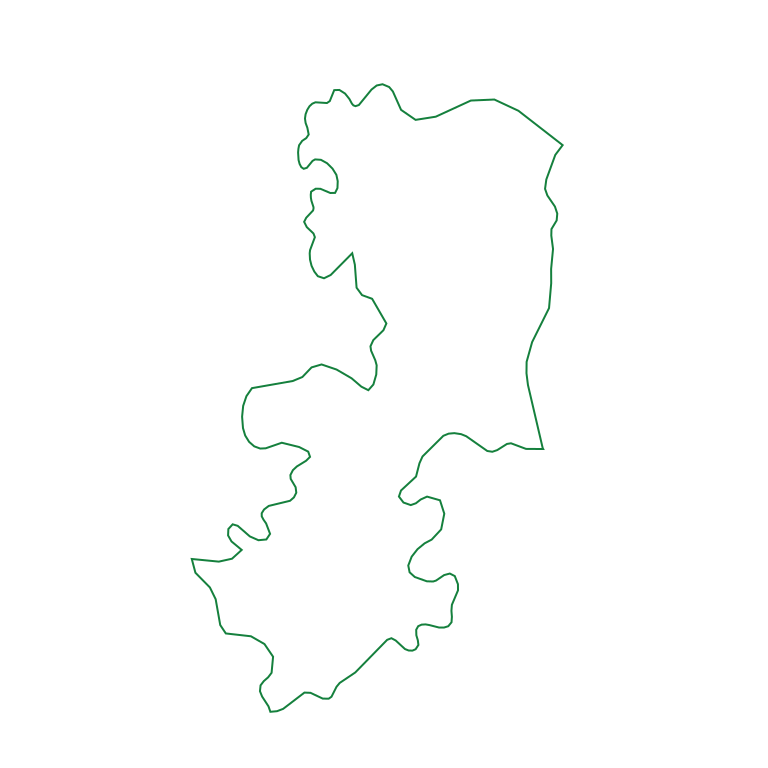 the Province of Catania, rotated 348°
{"feature_id": "ITA-5413", "entity_name": "Catania", "entity_type": "Province", "adm_level": 1, "iso_a3": "ITA", "parent_name": "Italy", "parent_adm1": "", "projection": "equal_earth", "projection_center": [14.756, 37.507], "detail": "fine", "context": "isolated", "style": "outline", "palette": "green", "viewbox_px": 768, "rotation_deg": 348, "n_neighbors": 0, "source": "natural_earth", "source_scale": "10m", "svg_char_len": 3079}
<svg xmlns="http://www.w3.org/2000/svg" viewBox="0 0 768 768"><g transform="rotate(348 384 384)"><path d="M608.4,187.5L599.2,195.5L585.3,217.7L582.1,226.6L583.0,233.6L588.1,246.0L588.9,253.4L586.9,259.9L580.0,267.3L578.5,273.6L577.4,287.1L571.4,306.2L568.5,320.2L561.2,344.1L537.6,373.8L528.1,392.0L525.6,403.1L524.6,414.9L525.9,479.5L526.2,480.7L509.4,477.0L495.9,468.4L491.8,468.2L481.0,472.2L475.9,472.8L471.1,471.0L453.6,452.2L449.0,449.1L442.6,446.7L436.9,446.0L431.3,447.0L406.6,462.9L402.2,468.9L396.1,481.2L378.5,491.7L375.2,497.2L378.4,504.0L385.0,508.0L390.4,507.3L395.9,504.6L402.7,503.1L414.6,509.4L416.0,523.4L409.7,538.1L398.3,546.1L390.6,548.3L382.5,552.5L375.2,558.6L370.0,566.6L369.9,573.5L374.0,579.2L384.9,585.9L391.0,587.4L394.0,587.1L403.1,583.4L409.0,583.1L413.3,586.6L414.7,595.2L413.5,601.2L404.5,614.1L402.8,619.9L402.0,625.9L400.5,631.1L396.5,634.3L392.0,634.7L387.1,633.6L378.2,629.2L374.7,627.8L370.8,627.2L367.1,628.0L364.4,631.1L363.4,636.5L363.8,641.7L363.4,646.4L359.8,650.0L356.4,650.7L352.7,649.8L349.4,647.6L342.1,637.3L338.4,634.2L333.9,634.9L295.9,660.2L278.5,667.2L274.6,670.3L267.6,679.0L264.5,680.3L258.7,679.0L247.9,670.8L242.0,669.3L217.8,680.8L211.3,681.8L204.7,681.0L204.0,675.3L199.8,664.4L198.8,658.7L200.6,653.1L204.7,649.6L209.7,646.8L214.0,643.1L218.8,627.7L213.0,613.5L201.4,603.1L177.4,595.1L173.7,585.7L174.6,559.5L171.4,546.8L160.3,529.4L159.6,515.2L185.5,523.4L199.0,523.3L210.3,516.7L202.1,506.3L200.0,499.7L201.6,493.5L206.8,489.8L211.4,492.3L221.1,505.2L228.7,510.7L236.6,511.6L241.4,506.9L239.7,495.9L237.9,491.6L236.9,488.1L237.5,485.0L240.6,481.8L245.9,479.3L267.8,478.7L272.3,476.2L275.6,472.1L276.1,466.6L273.0,457.4L273.5,453.6L277.0,449.3L281.7,446.5L291.8,442.9L296.5,439.9L295.8,434.4L287.9,428.0L271.8,420.2L254.9,422.3L249.5,421.4L244.1,418.0L240.0,412.5L237.5,405.5L236.9,397.8L238.4,386.5L241.7,376.1L246.9,367.3L254.0,360.6L295.3,362.1L305.6,360.2L316.6,352.7L327.0,351.9L340.6,360.0L353.5,371.7L361.3,381.9L367.4,386.8L373.5,382.3L378.4,373.1L380.7,364.2L380.4,359.0L378.3,348.7L378.6,344.3L382.7,338.8L394.6,331.3L398.9,325.3L390.1,298.2L381.0,292.5L377.2,284.1L380.3,261.2L380.1,249.5L354.5,266.3L347.3,268.1L341.7,264.8L339.2,259.5L337.7,253.3L337.5,246.9L338.5,240.7L339.5,237.7L346.9,226.0L346.3,222.1L341.1,214.5L339.6,208.8L342.5,205.2L350.7,199.5L351.5,197.8L351.8,196.4L351.1,189.7L351.2,186.7L351.7,183.7L352.7,180.7L357.7,178.8L362.3,179.8L371.2,186.0L375.9,186.9L379.2,182.7L380.9,176.0L380.9,169.5L378.4,162.6L374.2,156.2L368.9,151.6L363.3,150.0L360.5,150.9L353.5,156.5L350.2,156.8L348.2,154.7L347.2,151.2L347.0,147.2L348.1,139.7L349.2,136.1L350.6,132.8L354.6,129.1L359.1,127.3L362.2,124.3L362.3,117.4L361.6,112.4L361.9,107.9L363.4,103.8L366.0,99.8L368.9,96.8L372.1,94.9L375.5,94.2L386.6,97.3L389.8,96.0L396.4,86.2L401.5,87.1L406.3,91.8L409.4,98.0L410.9,103.1L412.0,105.1L413.9,106.3L417.4,105.9L433.0,93.4L438.9,90.5L444.9,90.5L450.8,94.6L453.5,99.7L457.7,119.4L469.8,132.2L490.2,133.3L527.9,124.8L551.1,128.7L572.3,144.7L608.4,187.5Z" fill="none" stroke="#15803d" stroke-width="2"/></g></svg>